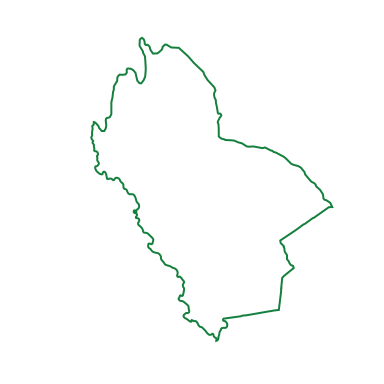 Santa Lucía Cotzumalguapa, Escuintla, Guatemala (orthographic projection), rotated 315°
{"feature_id": "79465075B85033757561509", "entity_name": "Santa Lucía Cotzumalguapa", "entity_type": "district", "adm_level": 2, "iso_a3": "GTM", "parent_name": "Guatemala", "parent_adm1": "Escuintla", "projection": "orthographic", "projection_center": [-91.117, 14.294], "detail": "fine", "context": "isolated", "style": "outline", "palette": "green", "viewbox_px": 384, "rotation_deg": 315, "n_neighbors": 0, "source": "geoboundaries", "source_scale": "gbopen_adm2", "svg_char_len": 6052}
<svg xmlns="http://www.w3.org/2000/svg" viewBox="0 0 384 384"><g transform="rotate(315 192 192)"><path d="M275.1,212.1L272.9,210.9L267.7,203.3L264.3,200.2L263.0,198.6L261.7,192.8L259.8,189.6L258.1,185.3L255.2,181.9L252.3,178.8L252.3,178.0L250.8,175.6L250.3,173.8L250.2,171.7L255.8,166.0L258.7,162.7L259.1,161.5L260.0,160.5L264.3,159.0L266.1,158.9L266.6,158.7L267.1,158.3L267.3,157.7L267.3,156.4L266.0,155.2L266.2,154.4L270.3,148.6L272.0,145.8L273.8,143.9L274.7,141.2L276.3,138.8L277.9,137.6L280.4,136.8L281.8,133.8L282.2,123.8L283.4,118.4L284.9,115.1L284.6,102.3L285.2,93.0L284.6,80.7L279.5,75.1L278.2,69.9L277.2,68.7L273.8,68.6L272.6,69.5L271.1,70.0L267.4,69.8L265.4,69.4L262.3,66.5L263.1,62.2L264.8,59.1L264.8,56.7L264.3,56.1L263.3,55.5L263.3,53.9L264.8,52.1L265.8,50.1L265.7,47.7L264.0,47.2L262.7,47.5L258.7,51.1L258.2,52.0L256.6,58.2L255.8,58.9L255.3,60.9L254.7,62.7L251.8,66.2L246.6,72.0L244.4,74.0L240.6,77.2L237.1,78.7L233.0,79.3L231.8,77.9L232.1,74.5L236.3,67.8L236.6,64.3L236.0,61.8L234.0,59.3L233.3,59.1L232.3,59.3L230.3,61.5L228.0,61.8L225.2,59.5L224.1,58.0L222.3,57.7L220.3,58.2L217.5,60.6L211.4,62.1L209.0,64.4L207.0,65.4L202.5,69.0L198.6,71.4L189.9,80.0L187.0,80.9L186.0,80.7L184.3,79.5L183.0,79.4L181.6,80.4L178.2,84.6L175.6,86.2L173.1,86.8L171.3,85.0L171.6,81.0L172.5,79.2L172.7,75.7L172.5,73.9L172.0,73.1L170.4,74.6L169.9,74.9L169.2,74.9L168.5,74.7L167.8,75.1L167.1,76.2L166.1,77.3L163.9,78.8L161.4,81.3L161.0,81.6L159.6,82.1L159.1,82.5L158.8,83.0L158.6,83.4L158.2,86.1L157.5,86.4L156.8,86.5L156.4,87.0L156.1,88.9L155.9,89.4L155.4,89.9L154.7,90.5L153.7,92.2L152.9,92.9L152.3,93.2L152.1,94.0L152.2,94.4L153.0,95.6L153.2,96.1L153.2,97.1L152.7,98.2L152.3,98.9L151.7,99.2L150.3,99.3L149.8,99.8L149.6,100.5L149.2,101.1L148.6,101.4L147.9,102.0L147.5,102.5L147.2,103.0L147.0,104.3L146.8,105.1L146.5,105.8L146.1,106.1L145.5,106.4L143.7,106.6L143.2,106.5L142.5,106.2L141.9,105.7L141.1,106.0L140.4,106.7L140.1,107.2L139.3,109.4L139.3,111.3L139.5,113.4L139.9,114.6L140.7,115.8L141.4,116.0L142.6,115.3L143.3,115.1L144.0,115.3L144.5,115.8L144.5,116.6L144.4,117.3L144.1,118.1L143.7,119.0L141.5,122.2L141.3,122.6L141.5,123.3L142.6,123.9L143.5,124.5L143.8,124.8L144.1,125.2L144.4,125.8L144.5,126.3L144.6,127.7L145.1,128.3L145.6,128.3L146.9,128.0L147.5,128.0L148.5,128.3L149.1,129.0L149.5,129.8L149.7,130.6L149.8,131.2L149.7,131.9L149.1,133.4L148.9,134.6L148.9,135.2L149.1,137.0L148.8,137.9L148.5,138.5L146.8,140.3L146.5,140.8L146.4,141.7L146.7,142.5L147.1,143.1L147.2,144.0L147.2,144.5L146.1,147.1L146.0,147.9L146.1,148.9L146.3,149.5L147.5,150.6L148.7,152.0L148.8,152.7L148.8,153.8L148.5,154.7L148.1,155.9L146.3,159.1L145.9,160.1L145.7,163.1L145.3,163.8L144.8,164.4L144.0,165.1L143.3,165.5L142.7,165.7L141.5,165.8L140.7,165.5L140.0,165.5L138.8,166.5L138.5,166.0L138.6,165.3L138.6,164.6L138.2,164.2L137.5,164.2L136.9,164.6L136.5,165.2L136.5,165.9L136.6,166.4L137.3,167.4L137.4,168.1L137.3,168.8L137.0,169.2L136.3,169.7L135.4,169.9L134.7,170.0L134.1,170.6L134.4,171.3L135.3,172.6L135.4,173.3L135.1,174.2L134.7,174.8L134.0,175.2L132.0,175.8L131.3,176.4L131.0,177.1L130.9,177.6L131.1,179.5L131.1,181.8L130.8,183.0L130.6,183.6L129.4,185.7L129.3,186.4L129.5,187.0L130.7,188.5L131.2,189.4L131.4,190.3L131.5,196.5L131.4,197.0L131.2,197.8L130.9,198.4L130.1,199.0L128.0,200.2L127.4,200.5L126.7,200.4L126.3,200.0L125.4,198.3L124.7,197.9L124.1,198.1L123.3,198.7L122.7,199.2L122.1,200.0L122.0,201.2L122.1,202.1L122.3,202.6L122.3,203.2L122.0,204.7L122.0,206.2L122.1,206.8L122.6,207.9L124.4,210.8L124.8,211.6L125.0,212.8L124.9,213.7L124.6,215.1L124.2,215.8L122.9,217.4L122.6,217.9L122.5,218.6L122.4,219.1L122.3,221.4L122.2,222.0L121.9,223.3L121.8,224.6L122.1,225.4L123.6,228.1L124.1,229.1L124.4,230.3L124.6,231.6L125.8,233.9L125.9,234.4L126.0,235.6L126.0,236.3L125.8,237.1L125.3,238.3L124.6,239.1L123.6,239.9L123.0,240.2L122.2,240.7L122.0,241.4L122.0,242.0L122.4,242.6L123.1,242.8L123.6,243.3L123.7,244.0L123.7,245.0L123.3,247.2L123.1,249.5L122.7,250.1L122.1,250.4L121.0,250.7L120.2,251.0L119.6,251.4L119.0,252.2L118.7,252.7L118.5,253.8L118.2,254.4L117.8,255.1L117.2,255.6L115.3,256.9L112.6,258.6L112.1,258.7L111.5,258.5L111.1,257.9L111.1,257.4L110.8,256.9L110.2,256.8L108.7,257.5L108.0,257.7L107.4,257.8L106.8,258.3L106.6,259.1L106.6,260.1L106.7,260.6L107.2,261.3L108.0,262.3L108.4,263.3L108.7,265.6L108.9,268.2L108.8,270.0L108.5,270.6L107.6,271.6L107.0,272.4L105.9,274.1L105.6,274.5L104.9,274.9L104.1,274.9L103.4,274.6L102.5,273.6L101.8,273.3L100.2,273.2L99.2,273.2L98.7,273.4L98.1,274.0L97.8,274.8L97.8,275.6L97.9,276.4L98.6,278.5L98.8,280.8L99.2,282.6L99.5,283.0L100.1,283.1L100.6,282.5L101.3,282.4L102.0,284.6L102.7,285.3L103.2,285.7L103.5,286.6L103.3,288.1L102.8,289.9L102.4,290.6L102.3,291.7L102.3,292.9L103.1,294.1L103.4,295.0L103.4,299.0L103.0,302.1L103.0,304.5L103.3,305.2L103.6,305.6L104.3,306.2L105.3,306.5L106.0,306.6L106.4,306.9L106.5,307.5L106.3,308.0L105.6,308.9L105.3,309.6L105.3,311.0L105.6,311.9L105.7,312.7L105.4,313.3L104.3,314.0L103.9,314.4L104.5,314.7L105.8,314.8L106.6,314.5L107.5,313.9L108.2,313.2L110.9,311.8L111.7,311.1L112.7,310.4L113.5,310.2L114.7,310.0L116.0,309.3L116.6,309.3L117.5,309.7L119.7,311.8L120.4,312.0L121.3,312.0L121.8,311.8L122.5,311.3L123.4,310.5L123.9,309.6L124.0,309.0L124.2,308.1L124.2,307.6L124.0,306.6L123.2,305.3L123.3,304.6L124.0,304.0L124.8,303.9L138.8,314.5L140.0,314.9L143.5,317.8L162.4,331.1L164.1,332.4L164.8,332.8L166.1,333.7L170.0,336.8L185.1,325.0L186.4,323.5L187.4,323.2L187.5,322.7L195.1,316.5L197.7,316.4L210.2,317.7L211.2,315.7L210.3,313.7L210.5,311.6L211.5,308.9L211.6,306.8L214.5,303.9L215.4,299.7L217.4,297.2L217.9,295.8L218.6,295.5L218.6,290.8L220.1,288.7L239.4,292.5L248.1,293.8L249.0,294.3L259.1,295.9L259.9,296.4L278.0,299.5L280.5,301.8L282.1,297.5L281.2,292.9L280.3,291.3L280.3,289.7L282.3,287.1L283.1,285.8L284.1,280.9L283.8,275.9L284.7,274.0L284.6,271.9L283.7,269.2L283.8,266.5L284.5,259.4L285.6,257.7L286.2,251.7L285.5,249.0L282.8,244.1L282.1,242.1L282.1,234.5L281.7,231.6L279.2,223.4L278.1,221.6L277.8,219.3L277.2,218.7L275.1,212.1Z" fill="none" stroke="#15803d" stroke-width="2"/></g></svg>